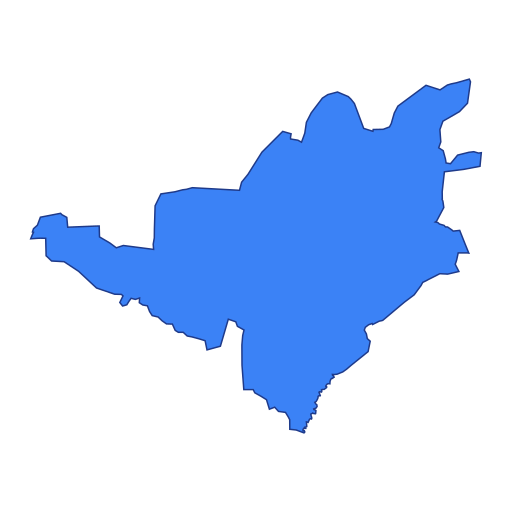 Dawakin Tofa, Kano, Nigeria
{"feature_id": "59680162B97642938083661", "entity_name": "Dawakin Tofa", "entity_type": "district", "adm_level": 2, "iso_a3": "NGA", "parent_name": "Nigeria", "parent_adm1": "Kano", "projection": "orthographic", "projection_center": [8.393, 12.142], "detail": "fine", "context": "isolated", "style": "filled", "palette": "blue", "viewbox_px": 512, "rotation_deg": 0, "n_neighbors": 0, "source": "geoboundaries", "source_scale": "gbopen_adm2", "svg_char_len": 3607}
<svg xmlns="http://www.w3.org/2000/svg" viewBox="0 0 512 512"><path d="M289.8,429.3L296.2,430.0L304.0,432.9L304.8,432.0L304.6,431.3L304.3,430.7L303.2,430.8L302.9,430.1L303.2,429.1L303.8,428.5L305.3,428.4L304.4,427.6L304.7,427.2L306.5,426.9L306.8,426.4L306.6,424.3L306.4,421.9L307.0,422.0L308.1,422.4L308.4,421.7L309.5,419.3L310.5,418.7L311.5,419.0L311.8,418.2L311.6,417.1L311.1,415.7L310.8,414.2L311.1,413.8L311.8,413.7L312.7,413.0L313.5,413.5L314.8,413.7L315.3,413.8L315.6,413.6L315.8,411.9L315.9,410.5L315.0,409.9L313.9,409.6L313.7,408.9L315.4,408.3L316.0,408.1L316.4,407.5L316.9,406.8L317.1,406.4L316.8,404.7L316.0,404.1L315.6,403.7L315.3,403.1L314.8,402.3L315.7,401.8L316.2,401.4L316.9,400.2L317.7,398.6L318.0,397.6L318.1,396.3L318.8,395.8L319.6,395.7L320.0,395.9L320.3,395.6L319.0,392.3L319.3,391.8L319.9,391.7L320.8,392.0L321.4,392.1L321.7,391.8L321.8,391.0L321.5,389.8L321.8,389.6L323.0,389.4L324.1,389.4L325.9,388.1L326.6,387.5L326.7,386.8L325.8,386.3L325.9,385.7L326.8,384.4L327.9,383.7L329.0,383.7L329.9,383.8L330.0,381.6L330.6,379.7L331.5,378.5L332.7,378.4L333.2,377.5L334.1,377.2L333.6,376.0L332.6,375.4L332.4,374.4L334.3,374.5L337.1,374.2L342.8,371.9L346.7,369.1L351.0,365.4L368.1,351.6L370.2,341.2L367.3,338.6L366.4,333.9L364.3,330.1L365.3,327.3L368.7,324.7L372.2,323.5L372.6,324.5L379.4,321.1L381.1,320.8L382.7,320.4L385.1,318.4L399.1,306.6L404.5,302.1L414.2,294.8L417.8,289.9L421.0,285.6L422.7,282.4L426.6,280.5L428.0,279.7L439.8,273.7L447.7,274.1L458.9,271.5L456.4,266.6L455.2,264.2L456.0,262.1L456.7,259.8L458.2,252.9L467.3,252.9L468.8,253.1L465.3,244.5L459.7,230.4L453.2,231.1L451.8,229.9L447.6,227.0L445.4,226.9L444.1,225.4L439.4,224.0L437.9,222.6L435.3,222.0L436.6,221.1L443.8,207.5L443.0,201.8L442.6,200.3L442.5,200.2L442.2,199.8L442.1,199.0L442.3,198.8L442.2,191.7L444.4,171.8L463.6,169.4L480.0,166.3L481.3,152.7L478.6,153.1L473.8,151.7L468.8,152.3L457.6,155.1L450.5,163.7L446.1,163.0L445.4,158.8L443.2,150.7L438.7,147.8L440.8,141.9L439.9,129.6L442.9,121.2L459.5,111.6L467.5,103.2L469.3,90.3L470.5,81.8L469.3,79.1L456.4,82.8L453.0,83.5L450.7,84.0L449.2,84.5L447.4,85.0L440.0,89.9L426.0,85.3L397.9,106.1L394.3,113.0L392.5,119.2L391.3,123.5L389.5,126.9L383.2,129.3L373.2,129.5L372.9,131.3L363.7,128.4L354.4,103.5L350.9,99.1L348.3,96.6L337.5,92.0L327.8,94.6L322.4,98.1L314.2,108.9L311.2,112.9L306.4,122.3L306.0,125.0L304.8,133.1L303.1,137.9L301.5,142.2L297.9,140.2L295.0,139.7L290.6,139.0L290.5,137.4L291.1,133.8L282.7,131.4L261.9,152.2L252.9,166.5L248.0,174.3L241.6,182.2L239.5,190.3L192.3,187.7L186.5,189.3L182.6,189.8L174.9,191.8L160.9,193.9L155.1,205.8L154.4,229.1L154.3,237.9L153.2,244.2L153.6,249.4L123.3,245.5L116.3,247.8L110.0,243.1L99.5,236.9L99.2,226.0L95.1,226.1L67.7,227.2L66.8,217.4L66.3,217.1L61.9,214.7L61.5,214.3L60.6,213.3L40.4,217.2L37.4,225.2L33.5,228.7L32.4,232.0L33.5,232.3L33.0,233.3L32.0,235.5L30.7,238.8L37.6,238.3L40.3,238.2L45.7,238.3L46.1,255.8L46.7,256.3L51.6,261.0L64.1,261.7L78.6,271.3L96.5,288.0L114.6,294.2L121.4,294.4L123.0,295.9L119.8,302.5L122.6,306.0L124.1,305.6L126.8,304.8L128.9,301.4L131.1,298.3L135.4,299.4L139.6,298.0L139.3,302.7L142.8,305.0L147.4,305.8L149.6,311.6L152.2,315.6L158.1,317.0L162.1,320.8L166.5,323.9L172.4,324.1L175.2,330.4L178.3,332.3L183.2,332.3L187.2,336.0L191.9,336.9L198.6,338.7L205.1,340.7L207.0,349.9L220.4,346.2L228.3,319.2L231.5,320.3L235.8,321.8L237.4,326.3L244.0,330.0L242.7,335.5L242.1,342.5L241.9,344.9L242.0,365.2L243.8,389.6L253.2,389.6L254.8,392.8L260.9,396.2L266.5,399.7L269.4,409.2L274.7,407.2L278.5,411.4L285.5,412.4L288.2,416.8L289.7,419.7L289.8,429.3Z" fill="#3b82f6" stroke="#1e3a8a" stroke-width="1.5"/></svg>